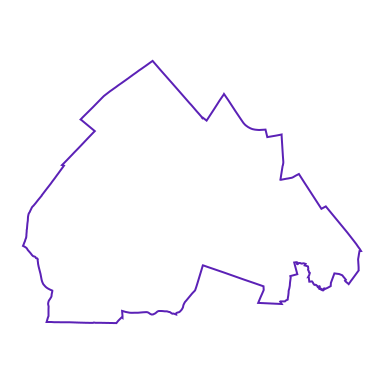 Brazi, Prahova, Romania
{"feature_id": "2599482B36068226507854", "entity_name": "Brazi", "entity_type": "district", "adm_level": 2, "iso_a3": "ROU", "parent_name": "Romania", "parent_adm1": "Prahova", "projection": "equal_earth", "projection_center": [26.003, 44.867], "detail": "fine", "context": "isolated", "style": "outline", "palette": "violet", "viewbox_px": 384, "rotation_deg": 0, "n_neighbors": 0, "source": "geoboundaries", "source_scale": "gbopen_adm2", "svg_char_len": 5782}
<svg xmlns="http://www.w3.org/2000/svg" viewBox="0 0 384 384"><path d="M176.2,314.5L176.1,313.7L176.3,313.3L176.4,313.0L177.1,312.7L179.2,312.1L179.9,311.6L181.5,309.9L182.4,308.5L183.0,307.2L183.3,305.6L183.5,304.9L184.1,303.6L184.9,302.1L186.4,300.4L192.2,293.4L194.9,290.6L195.2,290.1L195.7,288.6L196.1,287.5L197.3,283.7L202.3,267.2L202.7,265.7L202.9,265.3L204.1,265.7L207.5,266.9L223.9,272.5L244.3,279.7L253.1,282.7L263.5,286.3L263.7,289.8L263.6,290.3L262.0,294.0L260.7,296.9L258.2,302.9L281.7,304.0L281.5,303.7L281.0,303.0L280.7,302.1L280.4,301.8L280.2,301.6L280.4,301.4L281.5,301.4L284.4,301.4L284.9,301.4L285.1,301.2L285.9,300.5L286.4,300.2L287.3,299.8L287.7,299.6L287.8,298.3L288.3,295.3L288.6,292.5L288.6,291.4L288.8,290.1L289.3,288.4L289.8,285.7L290.0,282.8L290.7,277.5L290.5,277.0L290.3,276.1L297.3,274.2L294.2,262.5L294.8,262.4L296.5,262.2L296.9,262.3L297.2,262.4L297.4,262.5L297.5,262.7L297.5,263.0L297.1,263.6L297.0,263.8L297.1,264.1L297.4,264.2L297.7,264.1L298.0,263.9L298.4,263.4L298.7,263.2L299.2,263.0L300.2,263.1L300.7,263.2L301.1,263.5L301.6,263.6L302.0,263.6L303.2,263.3L303.7,263.3L305.6,263.9L304.7,265.4L307.1,266.1L308.0,266.5L308.3,268.8L308.0,269.8L308.5,270.5L309.1,272.5L309.4,272.7L309.7,272.7L309.8,272.8L309.8,273.1L309.5,273.9L309.4,274.3L309.3,274.9L308.2,277.0L308.7,276.9L308.9,278.4L309.3,281.7L309.8,281.7L311.4,281.4L312.0,281.4L312.1,281.5L312.5,282.1L312.8,282.4L313.0,282.7L313.1,283.0L313.2,283.4L313.3,283.6L313.6,283.8L314.2,284.7L314.3,284.8L314.5,284.9L315.3,284.8L315.7,284.8L316.2,285.0L316.3,285.1L316.3,285.3L316.4,285.5L317.2,285.8L317.4,286.1L317.5,286.3L317.7,287.0L317.8,287.2L318.2,287.2L318.3,287.1L318.6,286.9L319.3,286.2L319.6,286.3L319.7,286.5L319.8,286.8L319.8,287.3L319.7,287.6L319.5,288.0L319.2,288.3L319.1,288.6L319.2,288.8L319.3,288.9L319.7,289.0L320.0,289.0L320.8,288.7L321.0,288.7L321.3,288.9L321.3,289.0L321.2,289.4L321.2,289.5L321.3,289.7L321.5,289.6L321.9,289.4L322.1,289.3L322.3,289.4L322.4,289.6L322.2,289.8L322.2,290.1L322.3,290.2L322.9,290.4L323.2,290.4L323.4,290.3L323.5,290.2L323.6,289.9L323.6,289.5L323.7,289.1L323.8,288.6L324.1,288.4L324.4,288.4L324.7,288.4L324.9,288.5L325.0,288.6L325.0,289.0L327.2,288.0L328.0,287.6L329.8,286.6L330.7,286.1L330.9,282.9L334.4,273.4L339.0,274.0L340.1,274.4L342.3,275.3L343.2,276.5L344.8,278.4L345.9,279.8L345.0,280.7L345.6,281.5L348.0,283.5L348.5,283.9L348.7,284.1L351.1,280.7L352.1,279.4L354.0,276.8L358.7,270.4L358.6,269.9L358.6,269.2L358.6,267.3L358.4,263.9L358.3,262.9L358.3,262.2L358.2,260.9L358.1,259.6L358.2,258.7L358.7,255.8L358.9,254.4L359.5,251.1L361.0,251.0L359.7,248.9L358.0,246.6L356.3,244.1L353.7,240.7L347.3,232.5L325.8,206.4L321.4,208.8L304.2,182.3L298.9,174.0L296.0,175.5L292.9,177.3L292.5,177.5L291.6,177.8L291.1,177.9L290.5,178.0L289.4,178.2L287.9,178.5L286.5,178.7L282.4,179.5L281.8,179.6L281.2,179.7L281.0,179.8L280.7,179.8L280.4,179.7L280.5,179.3L281.0,176.1L282.5,166.6L282.6,166.0L282.9,165.2L283.0,164.6L283.2,163.5L283.3,163.0L283.3,162.2L283.3,161.5L282.9,156.2L281.9,140.3L281.7,136.9L281.6,135.5L281.6,134.5L278.7,135.1L276.1,135.6L267.3,137.1L265.5,129.6L259.1,130.0L256.5,129.8L254.8,129.6L252.4,129.1L250.4,128.3L248.9,127.5L248.3,127.2L246.3,125.8L244.9,124.6L243.4,122.9L242.7,121.9L241.2,119.7L237.9,114.8L235.4,111.1L228.5,100.5L224.0,94.0L223.8,94.4L219.6,100.5L217.2,104.3L213.4,110.2L206.6,120.6L203.0,117.8L202.7,118.2L202.6,118.3L202.4,118.1L202.6,118.0L202.0,117.3L196.6,111.2L191.3,105.0L189.7,103.3L178.0,89.9L160.2,69.7L152.6,60.9L151.3,61.8L148.4,63.9L141.9,68.5L138.8,70.6L136.4,72.4L133.0,74.8L126.3,79.7L118.2,85.4L115.8,87.2L113.5,88.8L112.0,89.9L110.1,91.2L108.3,92.6L106.5,94.0L105.7,94.6L103.8,96.1L102.3,97.6L93.0,107.1L82.7,117.3L80.6,119.5L81.5,120.1L94.8,131.1L93.0,132.9L87.9,138.2L78.6,148.0L74.4,152.3L70.2,156.7L64.9,162.2L62.0,165.1L63.9,165.7L63.0,167.0L61.2,169.4L58.1,173.7L57.4,174.6L54.8,178.2L52.3,181.5L50.8,183.6L45.9,189.9L42.4,194.5L41.8,195.2L41.8,195.5L38.0,200.1L35.5,203.3L33.3,205.9L32.5,206.6L32.2,207.0L31.7,207.8L31.3,208.7L31.1,209.1L30.2,210.9L29.8,211.9L29.2,212.8L28.7,213.7L28.4,214.8L28.0,216.9L27.8,220.7L27.4,223.5L27.0,228.3L26.9,229.3L26.8,229.6L26.7,229.9L26.7,231.3L26.4,234.7L26.4,235.8L26.2,237.0L26.2,237.5L26.0,237.9L25.9,238.5L25.7,238.8L25.5,239.2L24.9,241.3L24.3,242.6L23.7,244.3L23.0,245.9L24.6,246.7L25.7,247.4L26.4,247.9L26.7,248.3L26.9,248.5L27.4,249.3L27.7,249.9L29.1,251.5L30.5,253.1L32.1,255.2L32.5,255.6L33.1,256.1L33.5,256.3L33.9,256.4L34.4,256.5L34.9,256.7L35.3,257.0L35.6,257.3L35.8,257.8L36.0,258.1L36.6,258.4L37.2,258.4L37.4,258.7L37.7,259.1L37.8,259.3L37.7,260.2L37.7,260.6L37.7,260.8L37.9,261.9L38.1,264.0L38.4,265.4L38.6,266.5L40.5,273.9L41.5,279.2L41.8,280.5L42.4,282.3L43.3,284.2L44.6,285.7L45.6,286.8L46.7,287.7L48.1,288.6L49.8,289.5L52.3,290.6L52.3,291.3L52.0,292.8L51.7,294.1L51.5,296.2L51.3,296.8L50.8,297.7L50.4,298.3L50.0,299.0L49.0,300.4L48.6,301.3L48.5,301.7L48.3,302.5L48.2,303.1L48.1,303.7L48.2,304.6L48.3,305.0L48.6,306.4L48.5,309.3L48.5,311.6L48.5,316.1L47.9,317.6L46.6,322.0L51.2,322.0L54.2,322.2L70.6,322.3L78.9,322.6L86.4,322.8L93.0,322.9L93.5,322.6L94.6,322.6L95.4,322.8L100.1,322.8L116.4,323.1L117.8,321.3L118.7,320.3L121.8,317.2L122.5,317.8L122.5,316.1L122.1,310.9L122.5,311.0L125.5,311.9L126.5,312.1L129.6,312.7L131.1,312.8L138.4,312.7L142.9,312.3L146.5,312.1L147.1,312.2L147.6,312.3L148.1,312.5L148.8,312.9L149.5,313.4L150.0,313.8L150.8,314.2L151.2,314.3L151.7,314.5L152.2,314.5L153.1,314.4L153.5,314.2L155.0,313.5L156.2,312.6L157.3,311.6L157.7,311.4L158.2,311.2L158.9,311.0L159.5,311.0L161.1,311.0L162.9,311.1L164.6,311.3L165.5,311.3L166.8,311.3L168.1,311.7L169.1,312.0L169.7,312.0L170.9,312.8L171.3,313.1L172.3,313.7L172.9,313.6L173.6,313.6L174.8,314.0L175.3,314.2L176.2,314.5Z" fill="none" stroke="#5b21b6" stroke-width="2"/></svg>